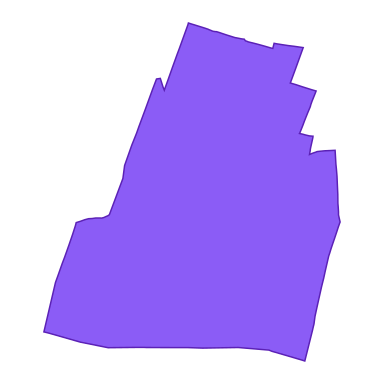 outline of Bechet, Romania
{"feature_id": "2599482B89489241189907", "entity_name": "Bechet", "entity_type": "district", "adm_level": 2, "iso_a3": "ROU", "parent_name": "Romania", "parent_adm1": "", "projection": "natural_earth1", "projection_center": [23.959, 43.776], "detail": "fine", "context": "isolated", "style": "filled", "palette": "violet", "viewbox_px": 384, "rotation_deg": 0, "n_neighbors": 0, "source": "geoboundaries", "source_scale": "gbopen_adm2", "svg_char_len": 2033}
<svg xmlns="http://www.w3.org/2000/svg" viewBox="0 0 384 384"><path d="M303.2,47.6L294.2,46.3L288.4,45.6L282.4,44.7L276.6,43.8L274.1,43.3L272.8,48.4L272.1,48.3L270.6,47.9L264.1,46.0L257.2,44.1L253.3,43.1L248.3,41.9L246.7,41.2L245.4,40.8L244.8,40.0L244.3,39.2L243.6,39.1L241.8,38.9L236.2,37.8L235.0,37.6L226.7,35.0L223.7,34.0L221.6,33.3L219.6,32.6L217.0,31.8L216.1,31.6L215.0,31.6L214.1,31.4L213.1,31.3L212.0,30.9L210.9,30.4L209.6,29.9L208.6,29.5L207.9,29.1L207.1,28.9L205.4,28.3L201.6,27.1L197.7,25.9L194.2,24.8L191.5,24.0L188.4,23.0L187.9,24.8L179.2,48.9L177.2,54.2L172.4,67.5L168.4,78.8L165.4,87.1L164.3,90.2L163.1,87.2L160.3,78.4L156.5,79.0L152.7,89.0L145.4,109.1L138.9,126.6L136.6,133.1L131.8,145.1L124.6,165.5L122.9,178.5L109.7,213.8L109.5,214.4L108.9,215.1L107.6,215.9L106.3,216.4L103.9,217.5L101.7,218.1L100.0,218.0L95.8,218.0L92.2,218.5L88.6,218.7L84.8,219.7L80.7,221.2L76.2,222.6L75.4,225.7L72.7,234.1L69.1,244.6L64.7,257.0L62.3,263.3L58.0,275.5L55.5,282.4L43.9,331.9L48.0,332.9L80.6,342.2L108.1,347.7L136.6,347.4L144.3,347.4L146.2,347.5L174.6,347.6L188.1,347.6L202.7,348.1L238.2,347.5L269.0,350.1L271.9,351.3L274.7,352.1L302.0,360.1L304.8,361.0L312.5,330.3L313.1,327.6L313.4,326.3L313.7,325.2L314.0,323.9L315.0,316.4L316.9,307.6L321.6,286.6L323.7,278.2L325.3,270.8L328.7,256.1L329.8,252.8L330.9,249.2L332.5,244.4L334.7,238.0L337.0,231.1L338.5,226.4L338.7,226.0L339.5,223.6L340.1,222.0L338.5,214.9L338.5,211.9L338.2,206.9L337.9,203.3L337.8,194.3L337.6,190.1L337.0,176.2L336.4,168.9L335.9,164.0L335.5,156.9L335.1,150.3L329.2,150.6L324.6,150.8L319.5,151.3L317.0,151.6L315.9,152.1L313.5,152.9L311.6,153.6L309.5,154.5L310.0,151.7L310.3,150.7L310.2,150.3L310.3,149.6L310.7,147.4L312.4,139.8L312.9,137.4L313.0,136.2L312.8,136.2L309.5,135.9L305.6,135.0L302.8,134.2L299.5,133.5L299.8,133.0L302.8,125.5L304.5,120.9L307.6,113.1L310.3,106.7L310.8,104.7L312.0,101.3L312.6,99.8L315.1,93.6L316.1,91.0L311.3,89.6L302.1,86.7L296.1,84.7L290.3,83.0L290.4,82.8L295.4,69.2L303.2,47.6Z" fill="#8b5cf6" stroke="#5b21b6" stroke-width="1.5"/></svg>